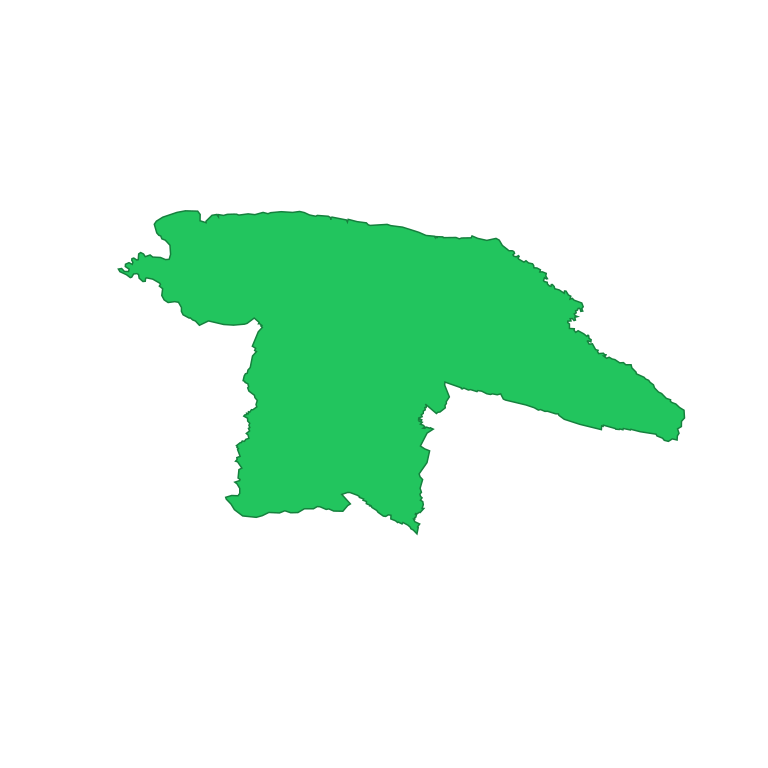 the district of Mueang Nakhon Si Thammarat, Nakhon Si Thammarat, Thailand, rotated 295°
{"feature_id": "78962969B67558639110399", "entity_name": "Mueang Nakhon Si Thammarat", "entity_type": "district", "adm_level": 2, "iso_a3": "THA", "parent_name": "Thailand", "parent_adm1": "Nakhon Si Thammarat", "projection": "equal_earth", "projection_center": [99.961, 8.425], "detail": "fine", "context": "isolated", "style": "filled", "palette": "green", "viewbox_px": 768, "rotation_deg": 295, "n_neighbors": 0, "source": "geoboundaries", "source_scale": "gbopen_adm2", "svg_char_len": 6166}
<svg xmlns="http://www.w3.org/2000/svg" viewBox="0 0 768 768"><g transform="rotate(295 384 384)"><path d="M471.1,671.5L475.9,669.4L480.2,670.7L487.0,667.0L487.6,661.8L489.2,657.0L488.9,652.8L489.3,650.9L490.8,650.4L490.3,645.9L492.7,639.6L492.7,636.2L494.8,630.8L497.1,628.6L498.0,624.4L499.2,622.3L499.1,618.9L500.0,616.9L499.9,608.4L501.3,607.4L503.4,601.8L505.9,599.8L503.6,595.0L504.6,592.0L502.8,588.7L503.7,582.9L503.1,580.2L503.4,576.7L501.4,574.9L502.2,571.1L503.3,572.9L504.3,572.8L503.8,571.7L504.6,569.8L502.3,565.7L503.5,563.8L505.0,563.8L504.6,561.2L508.5,555.9L506.8,553.1L508.8,550.2L509.4,550.6L509.6,553.7L511.7,553.0L512.0,550.6L514.4,548.9L514.4,548.2L512.9,547.7L513.9,543.9L514.3,537.4L511.8,535.9L513.0,533.6L514.5,533.1L512.7,528.6L516.8,526.7L517.3,524.6L518.6,524.0L520.2,526.8L521.9,525.1L522.9,527.2L521.8,529.4L522.8,530.5L525.1,528.7L526.9,530.9L526.7,528.5L527.9,526.8L529.7,528.1L531.3,526.7L532.7,528.1L534.5,528.0L535.2,529.0L534.9,530.0L533.0,531.7L534.1,533.3L535.8,531.4L538.2,531.9L541.0,529.0L540.3,520.9L541.2,518.5L539.5,516.7L542.5,516.2L542.6,513.5L545.1,509.7L544.6,508.3L542.4,508.9L543.3,502.9L542.5,498.5L544.3,497.0L545.3,494.5L544.8,493.6L543.1,494.1L542.8,492.4L543.6,490.0L545.2,488.9L544.6,486.2L545.1,484.9L548.1,484.5L547.9,486.9L548.5,487.6L550.2,485.0L552.8,484.3L552.6,480.2L551.4,477.8L553.6,477.5L553.8,473.6L552.7,470.8L554.7,469.5L555.7,467.8L554.8,463.8L555.7,460.6L553.6,459.3L554.1,453.4L554.8,452.2L556.6,452.6L557.2,451.7L555.1,450.0L554.7,447.6L555.5,446.3L557.6,447.1L558.9,445.7L559.0,444.1L557.6,440.9L559.6,432.7L563.1,427.6L563.3,424.0L557.6,416.5L555.6,407.4L555.4,401.2L553.3,401.2L549.1,392.6L547.4,390.9L547.2,387.3L541.7,375.9L542.2,375.2L539.9,369.7L538.7,370.7L539.6,369.0L539.3,368.0L538.5,368.3L539.2,367.2L536.4,359.3L536.2,351.5L534.0,334.5L530.4,323.2L530.0,319.4L521.9,304.5L521.6,302.5L522.6,299.9L519.8,291.1L518.1,281.9L515.3,282.4L516.8,280.6L513.3,266.4L512.7,265.7L510.3,266.5L512.1,265.3L512.5,262.7L508.6,252.3L507.2,251.3L505.7,245.0L505.7,239.4L504.7,234.6L500.9,228.7L496.7,218.0L491.4,208.9L489.3,206.9L488.4,201.9L482.9,195.4L480.8,189.0L475.7,181.0L475.6,178.7L474.5,176.2L471.5,170.2L469.0,167.4L467.5,162.2L465.5,163.3L466.9,160.7L464.2,156.8L456.3,153.9L455.0,154.6L454.2,148.3L460.0,145.7L461.9,142.1L457.0,130.8L452.0,123.8L441.7,113.0L435.4,108.9L431.7,108.3L424.9,114.2L423.6,117.1L423.8,119.1L421.7,121.3L421.9,125.0L419.3,131.4L411.3,135.8L406.2,136.6L404.4,133.4L404.2,127.9L401.3,120.8L402.1,117.5L398.5,113.8L400.2,111.1L400.3,107.9L398.2,106.7L392.8,108.7L391.9,107.6L392.4,104.0L391.1,102.6L389.5,103.1L388.2,105.0L386.0,105.3L386.2,101.6L383.3,99.1L381.1,99.9L380.4,104.5L378.0,104.9L376.3,101.2L377.8,97.4L375.9,94.7L374.2,97.2L374.2,104.4L373.2,109.1L374.2,110.2L377.9,110.6L379.7,113.5L379.4,115.3L376.4,117.4L375.0,122.2L376.2,124.2L379.0,123.3L379.9,124.1L381.3,130.1L380.6,138.2L379.8,139.3L377.8,139.0L376.8,143.1L370.3,145.2L367.3,149.2L366.6,153.9L370.2,159.5L371.2,163.2L367.7,168.1L364.2,169.7L361.8,172.7L361.4,179.6L362.1,180.4L361.2,183.5L361.4,186.5L359.2,191.9L367.0,198.3L370.2,213.6L373.8,222.8L379.3,232.3L381.1,234.3L388.9,238.5L387.1,244.8L385.6,244.8L386.1,245.7L385.5,248.5L384.6,247.9L383.9,249.8L378.2,248.0L362.6,248.7L362.1,252.6L359.7,252.6L359.5,254.7L353.8,253.0L342.4,255.8L339.2,254.8L336.0,255.5L334.7,254.1L332.2,253.9L327.5,254.9L327.5,256.8L326.7,257.4L326.7,260.5L324.3,262.5L322.9,262.1L320.5,264.5L319.0,271.3L317.1,272.8L315.5,276.1L311.3,276.7L309.5,278.4L305.2,276.0L304.7,274.7L301.7,274.2L301.6,272.9L299.6,273.5L299.4,271.8L298.2,272.4L297.0,270.8L295.6,270.5L295.3,274.8L292.8,276.1L291.7,278.9L289.5,279.0L287.8,280.8L286.5,279.9L284.7,282.0L281.0,280.1L280.3,282.4L277.6,284.5L275.5,282.2L273.0,281.7L272.4,279.6L270.7,279.5L270.1,278.5L265.7,276.3L265.3,277.6L264.3,277.6L264.0,279.3L262.7,279.0L257.6,284.2L255.1,281.7L253.5,282.8L251.3,282.1L251.6,284.2L247.7,290.7L245.1,288.7L237.1,291.5L236.7,293.8L235.5,294.0L232.0,290.3L231.4,293.0L228.4,297.4L223.9,299.5L221.0,298.9L218.6,293.1L214.4,288.4L213.0,289.7L210.5,296.1L206.9,301.5L204.7,311.7L209.2,324.6L213.2,329.3L218.9,333.9L223.0,343.8L227.2,347.7L227.9,353.9L231.1,360.3L237.3,364.6L241.1,372.8L244.7,375.3L245.7,377.9L245.9,384.6L247.5,386.8L247.6,392.1L251.3,400.5L258.5,402.5L261.1,404.2L266.1,392.4L270.2,396.7L271.3,399.1L271.9,406.9L271.6,409.4L270.8,409.6L271.2,414.1L269.8,414.1L270.1,417.8L268.1,418.5L268.2,423.1L267.6,422.9L267.9,424.1L267.0,425.2L266.3,430.9L265.2,432.8L264.0,439.2L264.7,441.5L267.3,443.3L268.0,445.8L264.6,447.2L264.9,452.2L264.2,454.9L264.9,455.3L264.8,459.5L266.5,459.7L266.2,465.2L265.3,468.3L264.2,469.5L264.0,472.3L262.1,477.2L268.3,475.7L268.6,474.8L272.2,475.5L272.2,470.2L274.1,467.8L274.7,469.0L275.8,468.3L276.8,469.1L279.0,468.7L279.2,467.4L280.0,467.4L280.4,468.9L282.6,470.2L282.8,471.1L288.0,472.7L287.4,471.1L291.3,470.6L293.8,468.8L294.1,466.1L296.9,466.6L297.6,464.6L299.3,463.1L301.7,463.7L304.7,460.8L313.7,459.4L315.2,455.8L317.4,453.8L330.9,456.2L342.7,453.6L342.4,448.3L343.2,443.2L357.7,443.8L363.9,447.7L363.9,444.4L363.2,444.0L362.9,440.8L361.0,439.6L360.5,438.1L362.4,439.2L363.2,437.1L363.0,433.9L365.5,434.8L365.1,430.8L365.7,433.1L367.5,433.4L367.6,431.6L366.3,430.4L367.9,429.8L370.5,432.4L371.9,430.8L373.9,432.0L376.1,431.1L378.0,432.3L379.9,431.0L380.5,432.1L382.1,431.7L383.3,430.0L379.4,444.0L381.1,444.7L382.3,446.6L388.3,449.6L390.4,448.3L392.7,448.8L394.2,447.9L399.9,448.7L408.7,439.4L411.5,438.4L413.2,455.7L412.5,456.0L412.5,456.9L414.1,458.2L414.2,463.0L415.5,464.8L416.4,471.5L417.7,471.8L418.8,475.6L418.6,481.3L419.5,484.9L420.9,486.4L422.1,491.2L424.4,493.9L420.8,498.5L420.8,500.9L425.0,521.5L426.0,530.2L425.6,534.9L427.0,536.7L427.2,541.4L428.4,543.8L429.5,552.1L430.6,554.6L429.5,555.8L428.2,562.2L430.2,578.5L434.5,600.3L438.0,599.0L438.2,600.5L439.4,600.2L441.4,612.5L441.0,613.1L442.2,616.5L442.9,616.6L443.5,619.9L444.8,619.7L446.5,626.8L447.3,626.9L449.0,636.2L453.5,651.8L452.3,653.3L452.6,659.4L451.4,661.8L452.2,666.0L456.1,668.5L457.1,673.3L461.0,671.8L464.0,672.2L467.4,669.0L471.1,671.5Z" fill="#22c55e" stroke="#15803d" stroke-width="1.5"/></g></svg>